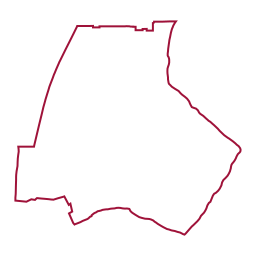 the district of Mosman Park, Western Australia, Australia
{"feature_id": "25037944B67942507441975", "entity_name": "Mosman Park", "entity_type": "district", "adm_level": 2, "iso_a3": "AUS", "parent_name": "Australia", "parent_adm1": "Western Australia", "projection": "equal_earth", "projection_center": [115.768, -32.014], "detail": "fine", "context": "isolated", "style": "outline", "palette": "rose", "viewbox_px": 256, "rotation_deg": 0, "n_neighbors": 0, "source": "geoboundaries", "source_scale": "gbopen_adm2", "svg_char_len": 3335}
<svg xmlns="http://www.w3.org/2000/svg" viewBox="0 0 256 256"><path d="M18.3,146.7L18.6,149.1L18.7,151.7L18.3,154.3L17.8,158.4L17.6,162.4L17.5,166.1L16.6,171.1L16.2,174.7L16.1,176.9L16.1,179.7L16.0,182.7L15.9,186.2L15.8,190.5L15.7,194.1L15.4,197.6L15.4,200.6L22.5,201.3L26.4,201.7L30.9,199.5L31.3,199.3L35.0,199.9L35.8,199.1L37.0,198.1L40.9,198.5L45.7,198.9L48.9,199.2L51.1,199.5L52.8,199.6L53.3,199.7L55.6,199.0L57.5,198.4L58.5,198.1L59.6,197.8L61.4,197.3L63.2,196.8L64.3,196.4L68.8,204.9L70.4,203.7L72.2,211.6L69.0,213.4L73.2,223.0L74.5,224.5L74.8,224.3L78.0,223.1L80.5,222.1L82.7,220.9L87.5,219.0L88.6,218.2L90.0,216.8L91.5,216.2L91.7,215.2L93.9,213.4L95.0,212.8L96.4,212.2L97.5,211.3L99.0,211.0L101.0,210.5L102.4,209.9L104.2,209.6L106.5,209.3L107.7,209.3L108.9,209.1L110.1,208.8L111.6,208.6L114.7,208.4L116.6,207.9L118.3,207.8L120.2,207.9L122.7,208.4L125.0,208.6L126.9,208.5L129.3,208.9L129.4,209.0L129.8,209.8L130.6,211.3L132.3,212.8L135.7,215.0L139.2,217.1L141.8,217.9L145.0,218.7L146.9,218.8L149.4,219.0L151.1,219.5L153.3,220.5L154.6,221.7L155.3,222.1L155.8,222.4L157.8,223.9L161.3,226.0L163.4,227.2L165.2,228.1L166.9,229.0L169.0,229.5L170.4,230.0L171.5,230.4L174.8,231.0L177.5,231.9L180.0,232.5L182.3,233.7L183.0,234.1L184.5,234.6L185.7,233.5L191.8,226.5L193.4,225.1L197.4,221.2L199.5,218.7L201.0,215.8L203.3,213.4L204.0,212.7L205.3,210.6L206.4,208.4L207.4,205.4L208.9,202.9L209.7,202.3L209.9,202.2L210.0,202.1L210.4,201.8L212.9,195.6L214.2,193.7L215.8,192.9L218.1,190.8L219.7,188.7L221.4,185.4L222.1,182.4L223.4,180.0L225.1,178.4L225.3,178.2L225.5,178.0L225.8,177.7L227.6,175.7L228.8,173.7L230.0,171.2L230.4,169.6L230.5,169.4L230.8,168.3L231.0,166.8L231.4,165.0L232.1,163.7L232.9,162.8L234.1,161.3L235.0,159.9L235.9,158.2L236.5,156.6L237.8,154.2L238.6,153.4L239.5,152.6L240.3,151.6L240.6,149.9L240.2,148.3L238.7,146.2L236.7,144.7L235.4,143.4L233.0,141.4L229.0,138.5L227.8,137.8L226.7,137.0L224.2,135.2L222.1,133.2L219.7,130.9L217.9,128.8L213.9,125.0L212.6,123.9L210.3,121.8L208.5,120.7L207.6,119.8L206.3,118.7L203.3,115.9L200.2,113.8L199.1,112.6L197.9,110.3L196.0,108.6L193.6,107.8L191.8,107.1L190.5,104.7L189.9,103.4L189.3,101.9L189.2,101.5L187.1,98.7L184.9,96.8L182.1,94.7L180.6,93.3L178.6,91.0L175.1,88.9L171.8,86.7L170.3,85.1L169.1,84.0L168.6,82.9L168.0,79.3L168.0,77.4L167.8,75.8L167.5,73.6L167.4,71.2L167.5,68.7L167.9,67.2L168.1,66.6L168.8,64.6L169.2,62.5L169.2,60.1L169.1,58.9L168.6,57.1L168.0,56.3L167.7,55.5L167.7,55.0L167.7,53.6L168.0,51.2L168.2,48.7L168.7,45.1L169.2,41.6L169.4,40.0L170.1,36.9L170.9,32.8L171.8,29.4L171.9,29.2L172.2,28.3L172.6,27.5L173.3,25.6L174.9,22.8L175.9,21.4L170.4,21.4L169.7,21.4L161.5,21.7L154.1,21.7L154.1,22.0L154.0,22.3L153.9,22.4L153.8,22.7L153.7,22.8L153.4,23.0L153.1,23.1L152.9,23.1L152.9,30.6L146.7,30.6L146.7,28.9L142.6,29.0L142.6,30.2L135.6,30.2L135.6,26.8L133.3,26.8L133.3,26.6L130.9,26.6L130.2,26.5L129.4,26.3L126.3,26.2L125.3,26.3L110.4,26.3L109.6,26.3L108.9,26.3L99.5,26.3L99.5,27.4L93.0,27.4L93.0,25.9L89.3,26.0L88.5,26.0L87.8,26.0L85.0,26.0L82.5,26.0L77.2,26.0L76.9,26.8L73.7,33.3L69.7,41.3L65.6,49.4L59.8,61.2L59.4,61.9L59.0,62.9L56.2,69.3L54.4,73.7L54.1,74.2L52.7,78.1L50.3,84.3L49.4,86.7L48.5,89.8L47.3,93.6L45.4,99.8L45.2,100.7L43.4,107.1L41.7,114.3L39.1,124.9L34.3,145.1L34.0,146.7L25.0,146.7L21.8,146.7L18.3,146.7Z" fill="none" stroke="#9f1239" stroke-width="2"/></svg>